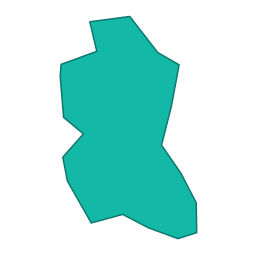 the Municipality of Incukalna, rotated 89°
{"feature_id": "LVA-5762", "entity_name": "Incukalna", "entity_type": "Municipality", "adm_level": 1, "iso_a3": "LVA", "parent_name": "Latvia", "parent_adm1": "", "projection": "mercator", "projection_center": [24.652, 57.103], "detail": "fine", "context": "isolated", "style": "filled", "palette": "teal", "viewbox_px": 256, "rotation_deg": 89, "n_neighbors": 0, "source": "natural_earth", "source_scale": "10m", "svg_char_len": 407}
<svg xmlns="http://www.w3.org/2000/svg" viewBox="0 0 256 256"><g transform="rotate(89 128 128)"><path d="M116.3,192.2L75.2,194.9L63.2,193.8L50.8,157.9L21.1,164.3L16.5,124.3L53.1,96.9L65.7,75.8L106.8,84.2L145.7,94.8L174.3,75.8L204.0,61.1L233.8,61.1L239.5,80.0L228.1,109.5L214.3,134.8L222.3,166.4L180.0,189.5L156.0,193.7L133.1,172.7L116.3,192.2Z" fill="#14b8a6" stroke="#0f766e" stroke-width="1.5"/></g></svg>